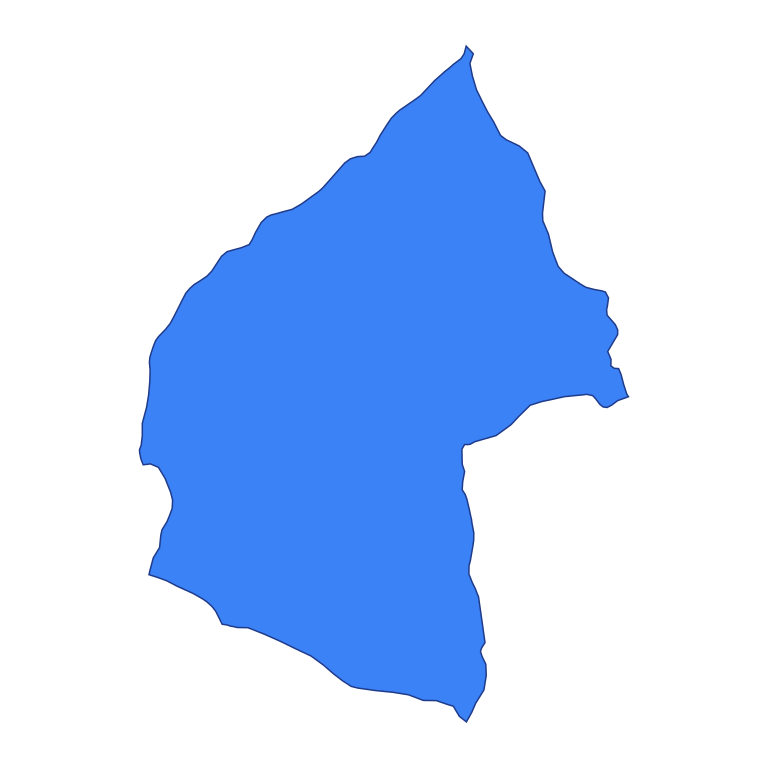 the district of Yurung, Pemagatsel, Bhutan
{"feature_id": "84629894B71401387613270", "entity_name": "Yurung", "entity_type": "district", "adm_level": 2, "iso_a3": "BTN", "parent_name": "Bhutan", "parent_adm1": "Pemagatsel", "projection": "orthographic", "projection_center": [91.346, 27.042], "detail": "fine", "context": "isolated", "style": "filled", "palette": "blue", "viewbox_px": 768, "rotation_deg": 0, "n_neighbors": 0, "source": "geoboundaries", "source_scale": "gbopen_adm2", "svg_char_len": 2854}
<svg xmlns="http://www.w3.org/2000/svg" viewBox="0 0 768 768"><path d="M222.1,624.2L227.4,625.0L230.3,626.1L233.6,626.6L237.3,627.5L247.9,627.7L264.1,634.1L280.3,641.3L296.5,649.2L311.0,656.0L323.5,665.1L333.5,673.8L342.7,680.9L351.2,686.4L354.0,687.1L358.1,688.1L375.9,690.6L393.0,692.3L408.5,694.8L423.2,700.4L436.3,700.6L447.9,704.6L453.3,706.2L459.4,716.4L466.4,721.9L471.7,712.4L475.7,703.2L483.9,690.0L484.4,687.1L485.1,682.5L486.2,675.9L486.1,671.4L485.8,664.2L482.0,656.3L480.5,651.5L481.5,648.2L485.0,642.6L482.2,622.7L478.5,596.7L477.4,594.2L475.3,588.7L472.4,582.8L468.9,574.1L469.0,565.8L470.4,560.4L472.4,548.8L472.9,545.9L473.7,540.4L473.8,532.8L471.9,522.8L471.5,519.4L470.8,516.6L469.5,510.3L468.1,504.3L466.8,498.9L465.2,494.5L462.2,489.7L462.7,481.8L464.6,471.5L462.3,464.5L462.1,460.1L462.0,453.3L461.9,449.2L464.6,444.5L467.2,444.6L470.1,444.3L474.9,441.7L480.7,440.0L496.0,435.6L507.5,427.3L511.3,424.4L519.0,416.2L530.2,405.2L542.0,401.5L550.7,399.7L558.4,398.0L564.7,396.6L568.2,396.3L575.9,395.5L583.4,394.8L586.5,394.3L592.7,395.6L595.8,399.0L599.9,404.4L603.0,406.9L607.1,407.5L611.4,405.3L617.7,400.6L628.5,396.7L626.8,394.1L623.7,384.6L621.1,374.6L618.6,368.6L614.1,368.3L610.9,365.8L611.0,359.3L607.7,351.5L617.6,334.7L617.7,330.0L615.3,324.6L607.1,315.2L606.6,309.7L607.4,306.1L608.5,297.9L605.4,292.0L602.0,290.9L593.9,289.4L585.9,287.3L580.3,284.0L564.2,273.3L558.1,266.3L552.6,251.8L551.6,247.5L548.5,234.3L542.8,220.7L542.5,213.1L545.1,191.1L539.9,181.6L533.8,167.3L527.7,152.9L519.3,146.0L506.3,139.8L500.5,135.4L493.6,121.8L487.8,112.3L482.9,102.8L476.5,89.8L472.4,76.0L469.9,63.4L473.3,53.8L466.2,46.1L464.1,53.9L461.0,58.6L453.7,64.1L449.2,68.1L445.3,71.1L434.5,80.7L427.2,88.5L420.7,95.4L415.2,99.5L399.9,110.0L396.0,113.4L391.4,118.1L387.5,123.8L380.3,135.1L376.5,142.4L373.0,147.7L370.2,152.3L364.7,156.2L357.5,156.6L350.4,158.8L344.7,163.0L328.6,181.3L322.3,188.3L318.6,191.6L311.9,196.4L301.3,204.1L292.0,209.4L282.8,211.8L277.3,213.4L271.0,215.0L266.7,217.1L261.2,222.5L255.7,232.1L252.1,239.8L249.2,244.6L241.1,247.8L232.5,250.1L227.0,251.7L221.5,256.3L217.1,263.0L211.8,271.1L206.9,276.2L199.5,281.2L194.2,284.5L190.0,288.3L185.9,293.0L182.0,300.5L174.3,315.9L170.2,323.5L165.5,329.4L158.6,336.5L155.7,340.5L153.7,345.4L151.7,351.3L149.9,357.2L149.4,362.4L150.1,369.9L149.8,381.2L148.9,391.8L148.6,395.0L146.6,407.2L142.3,423.4L142.3,435.7L141.2,445.2L139.5,449.7L139.6,452.5L140.6,457.5L141.4,460.3L143.2,464.8L150.4,463.9L158.4,467.3L159.9,469.8L165.1,478.4L170.6,492.2L172.6,500.1L172.2,508.4L169.5,515.6L167.1,521.5L162.0,529.8L160.8,535.3L159.6,547.5L153.3,557.8L150.0,570.2L149.0,574.7L156.9,577.2L162.8,579.3L167.2,581.0L176.5,585.9L186.1,590.3L193.2,593.5L198.5,596.5L202.3,598.7L206.7,601.7L211.9,606.4L215.7,611.2L219.6,619.0L222.1,624.2Z" fill="#3b82f6" stroke="#1e3a8a" stroke-width="1.5"/></svg>